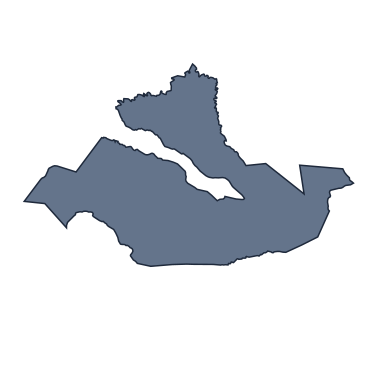 outline of Lucerna, Ocotepeque, Honduras, rotated 129°
{"feature_id": "27666195B25716596314577", "entity_name": "Lucerna", "entity_type": "district", "adm_level": 2, "iso_a3": "HND", "parent_name": "Honduras", "parent_adm1": "Ocotepeque", "projection": "equal_earth", "projection_center": [-89.0, 14.594], "detail": "fine", "context": "isolated", "style": "filled", "palette": "slate", "viewbox_px": 384, "rotation_deg": 129, "n_neighbors": 0, "source": "geoboundaries", "source_scale": "gbopen_adm2", "svg_char_len": 6058}
<svg xmlns="http://www.w3.org/2000/svg" viewBox="0 0 384 384"><g transform="rotate(129 192 192)"><path d="M281.9,189.6L275.7,177.3L260.8,161.7L251.4,150.8L247.2,145.3L234.9,129.9L230.7,123.7L229.6,122.9L228.8,121.5L227.5,120.3L226.0,118.1L225.2,118.5L224.4,118.5L224.1,117.6L223.5,117.1L222.9,117.4L222.2,117.1L221.7,117.4L221.2,116.6L221.0,115.6L220.7,115.3L215.5,114.8L215.1,114.4L214.9,113.3L212.7,111.1L212.0,111.3L211.6,111.1L209.8,108.9L209.1,108.7L208.4,109.3L207.8,109.1L207.2,107.5L206.6,106.5L200.6,101.5L199.9,100.6L199.6,99.6L197.1,99.2L196.9,98.4L194.1,97.9L192.9,96.6L191.5,96.1L190.3,96.0L188.8,92.9L188.7,91.6L188.3,91.0L187.9,90.6L186.8,90.5L184.4,88.2L183.0,86.4L181.6,83.6L179.8,81.1L164.4,73.5L147.8,66.0L120.3,73.3L120.0,75.0L118.8,76.3L117.3,77.2L114.6,80.3L112.7,81.6L111.4,82.1L110.1,82.1L109.1,81.6L107.9,81.9L105.9,84.8L104.7,85.5L103.2,85.2L96.8,80.3L95.2,78.6L93.7,77.8L91.6,77.3L90.2,76.7L86.6,73.3L83.5,72.1L83.4,74.8L83.6,76.0L83.4,77.1L81.9,78.7L81.5,82.7L80.8,85.7L79.1,89.4L103.4,125.2L123.0,103.7L123.5,152.6L137.5,166.7L135.7,171.7L135.3,175.7L134.8,178.1L134.3,179.1L133.2,180.3L132.8,181.7L132.8,182.8L133.6,183.7L133.7,184.3L133.6,184.9L132.9,186.2L133.4,188.8L133.0,191.2L134.2,193.6L134.5,194.9L134.5,196.0L133.5,197.9L132.4,198.9L131.3,198.9L131.1,198.5L131.0,197.7L130.8,197.5L129.9,198.5L128.3,202.0L128.4,205.5L128.2,207.1L126.8,207.6L125.8,209.1L124.9,209.2L124.1,210.3L122.7,210.2L122.1,210.5L121.9,211.5L122.7,212.9L122.4,213.9L120.3,215.6L118.6,218.5L116.3,219.3L115.5,221.5L115.0,221.6L114.2,221.3L113.9,221.5L113.7,222.1L114.2,223.0L114.2,223.7L111.6,225.8L111.7,226.4L112.4,226.9L112.2,227.6L111.8,227.7L111.0,227.4L109.9,228.1L108.6,228.0L108.1,228.6L108.4,229.9L108.1,230.6L107.6,230.8L106.7,230.1L106.2,230.4L106.0,231.2L106.6,232.5L106.3,233.3L105.6,233.7L105.0,233.6L104.6,233.2L104.2,232.0L103.3,231.8L102.9,232.4L103.0,233.8L102.6,234.6L100.0,234.8L98.1,235.5L97.7,236.4L98.0,237.9L97.5,238.6L96.7,238.3L96.2,236.9L95.5,236.9L95.2,237.7L96.0,238.8L95.8,239.6L94.6,240.2L93.0,240.1L92.8,240.5L92.7,241.3L92.3,241.6L91.2,241.0L90.1,242.6L88.8,243.9L88.8,244.6L89.6,244.9L89.9,245.3L90.1,247.7L91.0,249.5L91.6,250.1L92.7,250.1L93.2,250.7L93.1,251.6L92.0,252.1L91.6,253.0L92.0,253.9L93.2,254.1L93.7,254.7L93.7,255.5L92.9,256.4L93.0,257.1L94.6,258.1L96.2,258.6L97.7,258.6L98.0,259.1L97.8,259.6L96.1,260.7L94.8,262.7L94.9,263.5L95.7,263.8L96.1,264.2L96.2,264.9L95.9,265.6L95.2,266.0L93.8,265.7L92.9,266.5L92.3,269.2L92.2,272.1L99.2,270.7L99.8,270.2L100.2,269.1L100.8,268.7L101.2,268.9L101.4,269.4L100.6,270.6L100.8,271.4L103.7,272.5L104.2,272.3L104.6,271.2L105.2,270.6L107.2,270.0L110.7,276.3L116.1,279.6L116.5,279.3L116.7,278.8L116.5,278.2L115.8,277.4L115.8,276.9L116.1,276.4L116.9,276.5L120.4,277.6L121.6,276.4L122.6,274.8L126.1,272.2L126.6,272.3L129.5,274.6L131.1,274.5L132.2,273.6L132.6,273.6L133.4,275.0L134.0,277.5L133.7,278.3L132.8,278.7L132.9,279.5L133.4,279.6L136.3,278.3L137.8,278.8L139.0,280.1L140.0,279.9L141.4,282.9L142.7,284.2L142.7,284.7L142.1,285.5L141.8,286.4L141.7,287.8L142.0,288.6L142.9,289.0L143.9,289.0L144.5,288.5L144.9,287.4L145.5,287.4L145.8,288.4L145.7,291.1L145.8,291.5L146.9,291.0L147.2,290.4L147.3,289.3L147.9,289.2L148.2,289.8L148.2,291.6L148.7,293.1L149.5,294.5L150.4,295.4L152.6,294.7L153.2,295.0L154.1,295.9L154.8,296.1L155.4,295.8L155.9,294.6L156.6,294.4L157.2,294.8L157.5,296.2L158.1,296.8L158.7,296.8L159.4,296.2L159.8,296.2L160.0,296.8L159.6,298.4L159.8,300.2L162.3,303.7L163.7,303.0L164.9,301.8L165.4,301.7L165.9,302.9L165.6,304.0L165.7,304.7L167.3,306.7L167.9,307.0L168.4,306.4L168.3,303.9L168.5,302.7L168.8,302.0L169.5,302.2L170.7,303.5L173.3,304.1L173.8,304.7L175.1,303.4L174.6,302.0L174.9,300.6L177.8,295.9L178.9,293.7L179.3,292.3L180.2,291.4L180.4,288.8L181.8,286.2L182.3,284.6L181.5,282.3L181.0,279.7L181.0,277.4L180.6,276.4L180.0,275.5L179.0,275.1L178.7,274.0L176.2,273.2L175.7,271.9L174.5,271.4L173.7,266.9L172.3,266.1L171.7,265.3L171.3,264.0L170.4,263.6L170.2,262.8L170.4,261.7L169.9,260.9L170.5,256.8L170.4,256.1L169.7,255.4L169.7,254.5L170.5,251.5L170.2,250.5L173.1,243.9L173.7,241.7L172.2,238.0L171.5,235.4L170.9,234.1L169.9,233.2L169.6,232.4L169.0,224.2L168.6,223.6L167.6,223.3L167.2,214.4L167.7,211.7L169.0,208.9L169.6,206.3L169.6,204.0L170.6,198.9L170.6,191.6L170.2,189.4L169.7,187.8L167.9,184.6L166.3,183.0L164.4,180.4L161.5,177.3L160.3,175.1L160.0,172.2L160.2,169.7L162.1,164.5L162.4,162.8L162.8,151.6L163.3,149.2L163.9,147.3L165.2,147.2L166.3,148.3L169.7,153.3L174.7,163.6L176.1,163.0L177.8,163.3L180.2,165.8L182.9,166.9L182.2,174.7L182.1,180.4L186.7,189.7L186.7,192.7L187.9,200.8L187.4,203.3L186.4,204.7L183.6,206.3L182.9,207.6L181.0,209.2L180.2,210.4L179.3,220.9L180.5,225.1L182.6,230.4L185.6,234.8L185.6,235.5L185.3,236.5L185.4,237.1L187.4,239.9L187.1,241.4L187.0,243.6L186.5,245.2L186.7,246.9L187.5,247.9L189.3,248.7L190.9,249.8L191.8,250.9L192.4,252.1L193.4,259.1L193.3,261.3L194.3,262.2L195.5,262.3L196.0,263.2L196.0,264.6L195.2,267.5L195.2,268.1L195.7,268.8L198.8,271.5L198.3,273.7L199.0,274.6L198.9,276.1L200.4,278.1L199.9,278.8L200.2,280.7L199.8,281.2L199.2,281.3L200.1,283.6L201.4,283.3L200.8,284.3L200.6,285.5L201.0,285.8L201.8,285.9L202.7,287.1L204.1,291.9L204.0,293.1L205.2,295.1L206.0,295.0L206.6,296.4L249.4,294.7L256.7,313.2L258.1,315.3L259.5,316.3L263.4,318.0L264.9,317.9L266.0,317.4L271.7,315.9L274.1,316.4L275.3,317.2L277.1,317.5L304.9,316.5L293.6,299.1L298.8,267.0L296.9,268.5L293.9,269.6L284.9,268.7L283.1,268.3L281.7,269.1L280.9,269.0L277.8,266.6L276.7,264.8L275.4,264.2L274.2,263.0L273.1,261.4L272.6,259.7L271.2,258.1L270.6,256.7L270.9,255.4L271.6,254.8L272.6,254.6L273.2,253.4L272.4,245.8L271.6,243.2L270.8,242.7L270.6,242.2L270.9,240.9L270.6,238.3L271.2,236.9L271.3,235.3L270.4,229.3L271.8,225.5L274.0,221.0L276.3,218.1L277.5,214.8L277.0,213.7L275.5,211.7L275.1,210.8L275.1,209.5L274.4,209.0L274.1,208.3L273.9,206.8L274.2,205.0L273.8,203.8L273.8,202.7L274.3,201.6L275.3,200.6L277.2,200.2L279.4,200.2L280.3,199.7L281.7,194.8L281.4,192.4L281.6,190.8L281.9,189.6Z" fill="#64748b" stroke="#1e293b" stroke-width="1.5"/></g></svg>